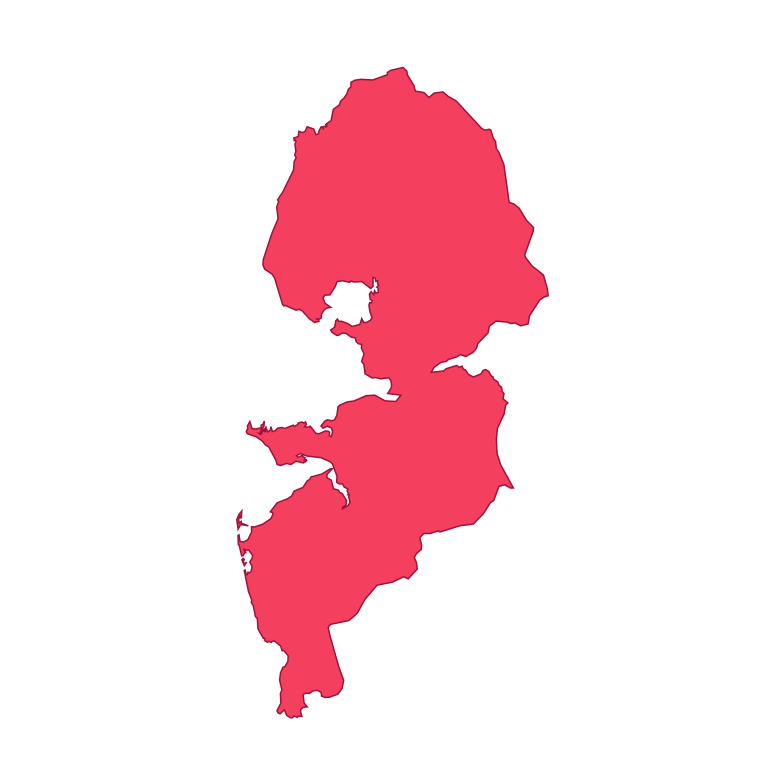 Mossuril, Nampula, Mozambique, rotated 166°
{"feature_id": "85939544B64339198961844", "entity_name": "Mossuril", "entity_type": "district", "adm_level": 2, "iso_a3": "MOZ", "parent_name": "Mozambique", "parent_adm1": "Nampula", "projection": "mercator", "projection_center": [40.59, -15.021], "detail": "fine", "context": "isolated", "style": "filled", "palette": "rose", "viewbox_px": 768, "rotation_deg": 166, "n_neighbors": 0, "source": "geoboundaries", "source_scale": "gbopen_adm2", "svg_char_len": 6150}
<svg xmlns="http://www.w3.org/2000/svg" viewBox="0 0 768 768"><g transform="rotate(166 384 384)"><path d="M434.1,373.0L437.3,365.1L440.8,361.0L443.1,360.9L447.6,362.9L450.5,362.3L455.3,358.5L453.8,355.9L449.2,356.8L445.6,354.0L445.5,350.0L447.8,345.7L449.6,347.0L448.4,350.3L449.8,351.9L452.7,352.6L459.0,351.4L462.1,352.7L465.8,361.0L467.6,360.3L471.4,361.7L469.0,363.7L469.3,366.2L471.3,365.5L472.9,367.0L476.7,366.9L477.5,365.5L481.4,364.6L482.0,366.0L491.1,364.9L493.4,366.5L498.1,366.8L500.9,364.9L503.8,364.9L504.1,370.0L505.6,366.6L508.5,365.7L508.7,367.9L510.2,367.0L508.5,371.3L511.8,367.1L512.8,367.8L512.0,369.1L512.9,368.9L514.4,365.8L515.9,364.8L517.3,366.4L515.9,365.9L514.4,369.3L510.9,371.7L509.0,377.0L511.2,374.2L513.4,373.6L513.4,371.3L519.3,371.3L522.8,372.7L523.3,380.0L526.7,376.3L527.0,373.7L529.1,371.1L528.6,368.8L521.0,363.8L516.0,358.4L513.8,353.5L511.1,351.0L507.4,336.4L507.2,331.8L504.0,329.9L497.8,330.5L493.8,328.4L488.1,330.4L481.3,326.9L477.6,328.3L477.7,329.4L479.8,329.5L478.4,331.4L480.3,333.1L480.2,334.5L485.4,333.7L486.2,335.7L481.7,336.6L476.5,332.9L462.8,327.7L454.9,321.4L453.3,318.8L451.9,305.8L453.8,300.2L451.6,297.9L448.3,297.0L447.6,293.7L444.5,291.0L445.7,289.0L444.9,285.8L446.0,285.3L444.5,284.4L445.6,282.6L445.6,278.0L446.5,276.3L448.9,274.5L454.5,273.0L453.8,274.6L450.4,275.3L448.5,279.7L451.1,287.9L453.4,289.5L453.8,292.0L458.4,294.6L458.4,303.5L462.1,306.9L461.1,310.1L454.6,314.3L456.9,314.6L466.5,311.6L477.2,311.5L479.3,309.3L481.8,308.7L487.7,303.2L497.1,301.9L500.7,297.7L505.2,296.0L516.3,294.6L525.3,287.5L523.3,286.3L523.1,284.5L526.7,280.5L535.8,277.3L544.1,276.6L547.1,277.5L548.3,272.3L553.9,265.8L558.6,264.7L561.8,266.0L561.2,272.7L562.3,272.4L564.2,263.3L563.5,262.7L563.7,251.7L562.2,251.4L560.3,253.7L559.0,253.7L560.3,258.1L558.3,255.9L555.6,256.0L553.0,249.5L554.2,246.7L557.3,243.9L556.1,238.9L558.4,234.1L560.5,233.3L561.4,234.3L562.8,232.1L563.8,232.6L563.7,237.1L564.7,236.9L565.7,215.7L564.6,206.3L565.6,204.3L564.5,200.1L565.0,189.5L563.7,186.9L565.5,176.9L562.7,166.5L561.2,166.0L561.7,163.7L559.6,161.7L558.1,162.0L555.8,160.6L554.6,161.5L552.4,161.1L547.6,154.6L547.5,150.1L545.5,149.3L542.7,143.4L544.4,138.0L548.4,133.9L550.6,133.6L554.2,128.9L556.9,122.1L557.1,112.0L559.4,108.7L561.2,99.5L566.9,92.8L566.5,90.7L564.7,89.1L559.5,92.0L558.6,86.0L555.4,82.7L553.8,82.3L551.6,83.6L548.8,81.6L547.3,82.3L544.1,81.3L544.3,85.8L543.3,88.5L540.4,89.8L536.6,89.3L538.7,94.0L537.7,101.7L536.9,102.5L534.1,102.9L531.2,101.8L527.4,103.4L522.7,102.8L519.6,99.9L520.1,96.2L516.9,94.1L512.8,93.3L503.8,94.2L498.4,98.7L494.8,106.2L496.3,120.3L497.3,152.6L497.1,160.9L495.6,162.9L493.3,163.7L475.4,163.0L469.7,165.6L464.9,168.5L454.8,179.5L439.3,190.5L423.7,189.7L411.6,192.2L407.6,189.1L396.5,196.4L395.7,202.5L396.5,208.4L393.6,211.5L387.8,214.6L386.5,218.5L386.5,226.2L381.5,229.3L375.6,227.8L367.0,228.4L365.4,226.9L344.4,228.1L331.3,226.5L319.1,234.0L309.6,243.0L305.6,244.5L297.3,256.8L291.5,257.1L286.3,252.4L283.6,251.8L290.4,277.6L291.1,289.0L288.4,303.0L284.6,313.7L274.8,325.7L271.1,333.9L268.4,335.8L272.1,340.8L269.9,345.6L271.2,348.4L270.6,352.3L272.7,354.9L273.1,358.5L276.5,362.2L276.6,364.7L278.0,365.9L279.3,370.9L281.9,373.4L284.6,373.2L287.5,370.3L295.6,369.2L299.8,373.0L301.5,377.8L303.5,379.3L303.9,382.4L306.9,382.0L309.0,384.4L320.0,383.8L322.9,382.2L335.3,383.9L331.3,388.1L323.5,391.2L318.1,390.8L315.7,392.2L307.1,392.7L302.9,394.0L298.0,391.0L290.2,393.0L285.5,396.4L283.3,400.5L270.7,408.4L267.7,414.6L260.1,417.9L249.3,414.2L246.2,411.9L241.9,411.5L237.3,407.4L229.6,407.4L226.3,415.0L212.5,427.9L207.0,429.8L203.4,429.9L202.5,436.9L202.9,451.1L211.9,462.9L216.1,472.8L216.2,475.3L202.2,496.2L201.1,499.8L206.1,508.2L210.4,522.0L214.6,527.3L218.6,530.0L214.6,567.9L216.5,581.3L218.1,584.9L217.1,592.3L218.6,596.6L218.9,604.6L220.3,605.7L224.7,605.9L227.5,608.5L245.6,641.4L252.4,647.8L256.1,653.1L265.1,654.1L271.1,651.2L274.7,657.1L282.7,660.6L282.8,666.5L286.6,678.5L286.1,682.0L288.9,686.5L301.8,686.7L305.3,685.4L306.0,683.3L321.3,681.7L332.7,685.2L338.8,685.8L343.1,684.7L344.2,680.2L347.3,678.6L349.7,674.7L353.5,671.2L357.9,668.8L359.6,665.7L366.7,662.8L371.6,652.4L376.6,650.5L376.9,648.7L377.8,649.6L377.8,647.6L380.0,648.5L381.2,646.6L381.8,648.5L382.8,648.7L386.5,644.6L386.9,642.6L389.8,642.4L390.4,648.3L396.3,652.2L399.5,648.2L402.4,647.7L405.4,649.8L407.4,644.9L412.0,644.5L412.2,641.8L411.0,642.2L410.7,640.5L412.4,638.3L413.2,631.3L415.2,627.6L414.5,624.7L417.3,621.7L420.0,613.5L435.7,594.8L442.8,588.4L442.1,586.6L445.3,581.5L446.8,570.0L456.2,557.5L471.0,534.0L472.6,529.0L472.1,524.4L465.9,517.5L464.5,513.1L463.2,485.7L462.3,484.0L460.9,484.2L451.5,476.9L448.1,476.9L445.7,474.8L440.6,465.4L436.4,460.4L431.9,460.6L431.8,462.1L434.4,463.7L431.0,462.6L428.8,463.3L427.7,466.9L424.0,470.4L421.3,471.5L417.1,471.3L421.6,476.5L422.4,481.9L420.1,484.6L414.9,483.5L407.8,490.3L404.7,494.7L399.3,494.2L392.8,491.0L391.5,492.0L388.7,490.3L380.7,488.7L373.7,479.8L370.9,481.6L368.9,490.1L367.1,489.1L367.1,485.5L365.2,485.7L366.0,483.0L365.3,481.1L367.6,479.7L366.5,478.4L367.4,474.2L369.6,474.0L370.6,476.8L372.3,473.3L374.2,476.7L376.4,474.8L376.9,469.3L375.2,467.6L376.5,465.7L378.2,466.5L379.6,464.0L380.2,457.3L379.5,451.4L381.7,449.2L385.5,448.1L388.8,448.4L389.8,452.8L393.0,447.6L401.2,447.6L404.6,451.5L410.3,455.3L412.5,455.5L413.5,458.3L415.4,457.1L418.1,451.1L422.7,449.2L422.0,446.8L418.3,442.8L416.5,442.2L412.0,443.6L408.7,442.4L404.5,437.4L400.7,435.7L400.8,431.8L399.1,429.3L396.2,427.8L397.3,423.7L396.0,418.1L400.3,411.3L398.8,407.8L399.9,398.5L393.9,392.6L391.0,392.5L385.9,389.8L377.8,388.9L376.5,385.4L377.0,380.9L378.2,378.1L382.8,373.9L370.2,369.0L376.8,364.2L387.1,367.4L395.7,375.4L404.2,377.0L417.2,374.8L423.7,375.5L432.4,374.1L434.1,373.0ZM559.7,287.9L560.7,278.4L557.7,281.7L556.3,282.0L549.9,279.2L556.0,283.4L555.8,285.1L558.1,284.0L557.8,287.8L555.4,291.2L555.8,289.0L554.8,288.6L552.7,295.2L556.4,292.5L559.7,287.9ZM564.4,247.8L563.5,241.6L560.4,244.4L563.3,243.3L563.6,247.7L562.9,248.1L562.9,246.3L562.0,247.5L563.0,248.9L564.4,247.8Z" fill="#f43f5e" stroke="#9f1239" stroke-width="1.5"/></g></svg>